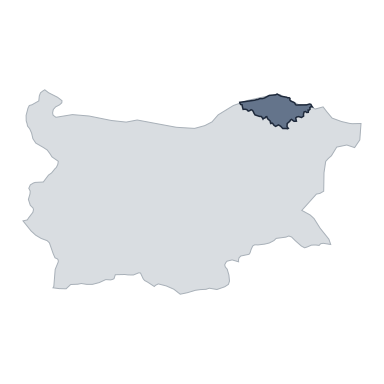 location of Silistra within Bulgaria
{"feature_id": "BGR-2261", "entity_name": "Silistra", "entity_type": "Province", "adm_level": 1, "iso_a3": "BGR", "parent_name": "Bulgaria", "parent_adm1": "", "projection": "natural_earth1", "projection_center": [27.051, 43.921], "detail": "fine", "context": "in_parent", "style": "filled", "palette": "slate", "viewbox_px": 384, "rotation_deg": 0, "n_neighbors": 0, "source": "natural_earth", "source_scale": "10m", "svg_char_len": 3358}
<svg xmlns="http://www.w3.org/2000/svg" viewBox="0 0 384 384"><path d="M330.7,244.5L323.3,243.3L320.7,243.7L319.1,245.4L315.7,245.0L311.5,245.1L307.1,247.0L304.6,247.8L301.3,246.0L295.3,240.7L291.6,237.0L288.8,236.0L286.0,237.1L276.2,238.4L273.9,240.6L269.3,243.0L264.7,244.1L258.1,244.9L254.7,244.8L252.7,246.0L251.1,249.5L250.0,252.9L249.0,254.3L240.8,256.0L239.0,257.9L238.5,259.9L238.6,261.8L232.1,259.9L227.0,261.2L225.8,262.6L224.7,264.8L225.3,267.0L227.2,269.2L228.9,275.1L229.5,281.1L228.4,284.4L224.7,286.8L216.9,289.5L209.3,288.2L206.0,289.3L200.4,289.6L195.3,290.3L187.4,292.7L180.2,294.2L173.8,289.2L166.2,285.9L158.3,283.9L155.5,285.3L154.3,286.5L147.6,282.1L144.6,280.5L143.2,278.8L140.5,273.0L138.8,272.8L133.3,275.0L128.0,274.9L124.8,274.5L115.3,274.7L114.0,278.7L112.8,279.3L110.7,279.9L105.7,279.6L99.2,282.6L92.3,284.4L86.9,284.4L81.3,283.5L77.9,284.2L70.7,284.5L66.1,288.8L59.0,288.6L53.0,287.8L53.8,286.5L55.2,269.4L58.3,261.8L58.2,260.2L57.6,259.0L55.0,257.8L53.2,253.7L49.4,242.8L47.2,240.7L41.1,238.4L35.7,235.2L31.2,231.1L23.0,220.9L27.3,219.9L28.6,217.9L32.9,212.3L33.5,209.5L33.0,208.0L30.3,205.3L28.4,199.4L30.0,193.9L30.2,191.1L28.8,188.3L30.3,184.9L33.4,183.0L35.3,182.4L43.3,182.0L48.5,175.1L51.6,172.9L54.8,168.9L56.3,167.5L57.8,164.4L58.3,161.3L52.0,156.9L49.9,153.6L47.2,150.0L43.4,147.5L35.8,143.1L32.9,138.7L31.6,133.1L29.7,128.8L27.5,126.0L27.1,123.7L26.2,120.9L26.1,115.4L28.0,108.1L29.3,105.5L31.9,104.8L38.8,100.9L39.3,95.9L40.5,92.8L42.8,91.0L44.8,89.8L48.5,92.7L57.6,97.3L62.0,100.7L61.8,102.8L59.6,104.8L55.6,106.9L53.3,109.5L52.6,112.9L53.1,115.2L55.9,117.3L72.4,114.6L89.0,116.0L111.4,120.5L126.2,122.1L137.2,120.0L157.5,123.8L176.4,127.3L194.6,128.4L204.8,125.6L212.0,121.9L218.2,114.8L233.4,105.5L248.1,100.3L267.4,96.1L280.2,94.6L282.1,96.1L298.5,104.6L305.8,104.6L311.7,106.1L313.8,108.4L315.3,109.0L323.1,106.9L326.6,111.5L332.1,118.1L341.4,121.5L349.6,123.4L352.2,123.7L361.0,123.5L359.8,139.9L354.6,147.6L346.8,145.0L336.7,147.1L331.4,155.8L328.4,158.4L325.7,161.4L324.0,172.7L323.7,191.2L319.9,193.4L316.4,194.1L301.8,210.4L310.2,215.0L314.0,218.5L320.1,228.2L328.9,239.2L330.7,244.5Z" fill="#d9dde1" stroke="#a8b0b8" stroke-width="1"/><path d="M277.1,94.0L281.0,96.2L286.6,97.2L287.8,97.8L289.1,97.7L290.0,98.4L289.8,99.9L290.9,101.1L293.9,102.4L294.6,102.9L295.6,104.6L296.2,105.0L306.5,104.9L309.6,104.0L310.9,104.4L311.9,106.4L312.3,106.9L310.8,106.8L309.8,107.6L310.1,109.1L309.1,110.1L308.1,110.2L308.4,111.0L308.3,112.3L306.7,112.5L305.5,111.5L304.1,111.9L303.5,114.0L303.6,116.1L301.5,117.5L298.7,116.6L297.0,116.9L295.7,117.9L296.4,121.2L294.0,121.3L291.5,119.4L290.5,120.0L289.8,121.3L287.2,123.5L287.0,126.6L288.3,128.4L287.4,128.8L286.4,128.5L282.8,128.5L280.6,126.2L278.5,124.9L275.6,126.4L274.0,125.3L272.7,123.5L271.9,123.0L270.9,123.6L270.4,122.8L270.4,121.3L269.6,120.6L269.0,119.9L268.0,119.2L267.2,117.9L266.8,116.6L266.0,116.7L265.2,117.8L264.3,118.2L263.5,118.3L263.0,119.1L262.3,117.8L261.3,116.5L259.5,116.4L255.0,114.9L253.7,112.7L253.3,111.5L252.3,110.3L251.1,109.7L249.7,110.7L248.2,111.1L246.8,109.6L245.0,109.2L243.1,109.4L242.4,106.7L242.0,104.7L240.6,104.5L239.8,102.9L239.7,102.3L244.2,101.7L254.8,100.2L256.6,99.6L257.7,99.5L258.2,99.4L259.3,98.8L259.9,98.6L262.3,98.6L264.3,98.1L269.3,95.4L275.7,94.8L277.1,94.0Z" fill="#64748b" stroke="#1e293b" stroke-width="1.5"/></svg>